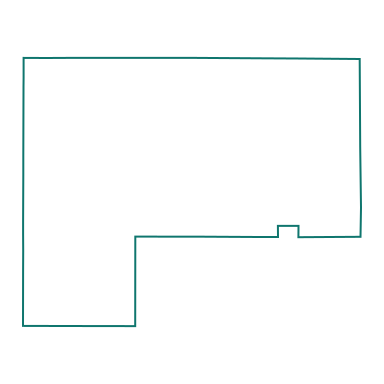 McKinley, New Mexico, United States of America (Equal Earth projection)
{"feature_id": "52423323B62088987492925", "entity_name": "McKinley", "entity_type": "district", "adm_level": 2, "iso_a3": "USA", "parent_name": "United States of America", "parent_adm1": "New Mexico", "projection": "equal_earth", "projection_center": [-108.491, 35.481], "detail": "fine", "context": "isolated", "style": "outline", "palette": "teal", "viewbox_px": 384, "rotation_deg": 0, "n_neighbors": 0, "source": "geoboundaries", "source_scale": "gbopen_adm2", "svg_char_len": 573}
<svg xmlns="http://www.w3.org/2000/svg" viewBox="0 0 384 384"><path d="M23.6,57.9L23.6,58.0L23.6,77.6L23.5,87.1L23.5,89.4L23.3,156.9L23.3,157.5L23.3,174.9L23.3,175.0L23.1,221.9L23.1,227.3L23.1,233.9L23.2,251.1L23.1,270.3L23.0,325.9L61.1,326.0L125.6,326.1L128.7,326.1L135.2,326.1L135.3,240.1L135.3,238.5L135.3,236.6L204.5,236.7L258.3,237.0L278.0,237.0L277.9,225.9L298.5,225.9L298.4,237.2L360.5,236.8L361.0,207.7L360.2,147.1L359.7,59.0L298.2,58.5L261.6,58.3L196.7,57.9L122.7,57.9L70.3,57.9L66.0,57.9L46.2,58.0L23.6,57.9Z" fill="none" stroke="#0f766e" stroke-width="2"/></svg>